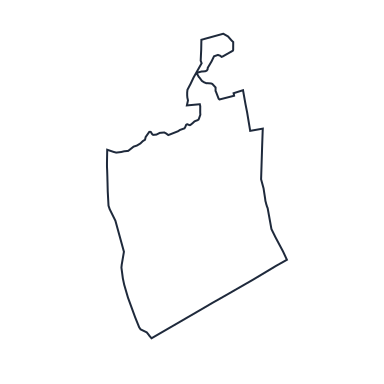 Livada, Arad, Romania (Natural Earth projection), rotated 141°
{"feature_id": "2599482B75985324598985", "entity_name": "Livada", "entity_type": "district", "adm_level": 2, "iso_a3": "ROU", "parent_name": "Romania", "parent_adm1": "Arad", "projection": "natural_earth1", "projection_center": [21.379, 46.217], "detail": "fine", "context": "isolated", "style": "outline", "palette": "slate", "viewbox_px": 384, "rotation_deg": 141, "n_neighbors": 0, "source": "geoboundaries", "source_scale": "gbopen_adm2", "svg_char_len": 2008}
<svg xmlns="http://www.w3.org/2000/svg" viewBox="0 0 384 384"><g transform="rotate(141 192 192)"><path d="M315.6,107.5L315.5,103.8L260.5,95.2L246.0,93.0L229.9,90.3L220.5,88.8L199.4,85.4L173.2,81.7L160.9,79.6L158.7,88.4L155.6,104.4L153.6,113.2L144.0,130.7L143.4,131.8L143.1,132.7L142.9,133.5L142.6,134.2L142.5,134.4L142.0,135.7L141.2,137.4L140.6,138.8L139.3,140.9L134.1,149.8L130.3,158.4L108.2,184.0L98.8,194.8L97.1,196.7L108.3,202.9L99.1,219.1L95.1,226.7L88.3,239.0L97.5,242.6L98.5,240.6L98.7,240.3L112.4,246.6L112.6,247.7L110.3,254.8L110.1,255.7L107.9,258.4L108.2,263.2L108.9,264.4L111.8,267.1L112.4,267.5L113.0,268.6L113.6,269.7L114.4,272.2L114.3,274.0L114.2,276.2L114.3,277.2L113.9,279.5L113.9,280.6L113.5,281.0L112.7,281.2L110.9,280.6L108.5,279.5L107.1,278.4L105.5,277.4L104.2,277.1L102.9,277.4L102.5,277.7L101.6,278.6L94.6,281.2L89.5,283.6L85.6,282.2L84.3,280.1L84.0,278.4L82.8,278.0L71.3,276.1L70.6,276.5L65.6,282.6L65.9,284.9L66.1,290.2L68.1,295.3L88.9,304.4L95.3,296.8L102.6,288.6L103.5,286.0L118.7,280.0L125.8,276.6L126.6,276.3L131.2,274.3L133.1,272.4L134.9,270.2L136.2,268.3L137.5,265.7L141.5,262.5L130.7,255.3L130.9,254.9L131.6,253.5L135.6,248.6L136.9,246.8L140.5,244.6L141.3,244.2L142.5,244.3L143.6,244.7L145.6,245.3L148.2,245.1L150.6,245.1L151.4,245.2L151.9,245.6L153.1,247.7L154.2,247.9L155.0,247.5L156.2,246.8L157.8,246.2L162.3,247.8L164.6,248.0L173.2,250.7L174.6,251.2L175.3,253.9L176.1,255.7L179.8,258.2L183.5,259.0L186.2,260.8L186.5,261.6L186.5,262.9L186.2,264.3L186.6,265.1L187.4,265.6L193.4,263.9L195.6,262.2L198.3,262.5L201.6,262.2L205.7,262.8L208.8,264.0L215.7,264.1L219.2,266.4L221.8,267.6L226.1,270.3L227.7,272.5L231.3,278.2L239.7,268.2L242.2,265.1L244.4,262.1L248.8,256.3L249.2,255.8L252.1,252.0L257.1,245.5L265.5,233.9L266.8,230.4L269.6,217.9L282.5,188.4L292.3,179.8L294.4,177.7L300.1,168.4L303.0,162.7L308.2,150.3L312.7,137.2L315.0,130.5L318.2,120.1L318.4,117.6L315.5,111.4L315.5,109.9L315.5,108.3L315.6,107.5L315.6,107.5Z" fill="none" stroke="#1e293b" stroke-width="2"/></g></svg>